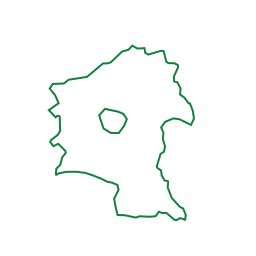 the Kingdom of Leicestershire, rotated 112°
{"feature_id": "GBR-2054", "entity_name": "Leicestershire", "entity_type": "Kingdom", "adm_level": 1, "iso_a3": "GBR", "parent_name": "United Kingdom", "parent_adm1": "", "projection": "mercator", "projection_center": [-1.072, 52.67], "detail": "fine", "context": "isolated", "style": "outline", "palette": "green", "viewbox_px": 256, "rotation_deg": 112, "n_neighbors": 0, "source": "natural_earth", "source_scale": "10m", "svg_char_len": 1427}
<svg xmlns="http://www.w3.org/2000/svg" viewBox="0 0 256 256"><g transform="rotate(112 128 128)"><path d="M191.6,40.7L192.0,45.9L195.2,48.4L195.7,50.6L192.3,60.7L194.1,64.4L194.0,67.9L199.5,69.4L202.2,74.7L205.5,84.2L208.1,87.1L210.2,98.8L212.6,105.0L207.0,109.1L198.8,114.4L188.8,113.6L184.7,116.6L184.7,122.6L185.6,127.2L185.1,132.4L185.1,143.0L185.6,150.5L187.9,159.5L192.0,169.3L196.1,175.3L198.3,177.0L197.5,177.7L192.6,179.2L187.5,177.0L179.8,178.0L174.3,176.4L172.7,177.5L168.8,186.8L172.8,190.3L170.2,194.9L167.9,194.8L160.7,190.5L156.0,189.9L143.2,195.5L142.6,196.4L143.3,198.2L145.2,199.1L141.1,208.1L131.0,201.6L124.9,207.8L120.8,215.3L115.4,214.4L110.8,204.1L105.5,201.1L96.0,185.2L77.4,175.3L75.8,171.3L73.5,168.5L59.4,162.2L55.2,156.8L50.1,154.9L50.8,148.9L47.8,142.7L51.8,140.2L52.3,136.7L43.9,126.1L43.4,123.7L52.1,117.4L52.7,114.9L50.6,109.2L50.9,105.5L52.5,104.3L63.0,104.7L66.8,103.2L67.6,102.5L67.1,99.4L71.7,94.1L77.5,92.2L78.7,87.1L82.4,81.0L82.0,79.8L87.7,74.4L94.5,70.4L101.5,70.7L100.6,83.5L102.1,89.5L108.3,95.8L115.1,97.5L119.0,93.4L125.0,91.7L131.1,86.8L136.5,85.7L139.8,88.1L153.0,86.9L154.2,85.4L154.9,81.5L159.2,79.1L163.0,74.4L162.3,71.3L162.9,70.5L168.1,69.0L176.5,61.2L181.7,50.4L182.0,46.7L187.1,41.8L191.6,40.7ZM127.1,159.5L137.6,150.5L139.0,142.2L136.2,134.7L127.5,132.4L120.2,132.4L116.6,137.7L116.6,143.7L118.9,156.5L127.1,159.5Z" fill="none" stroke="#15803d" stroke-width="2"/></g></svg>